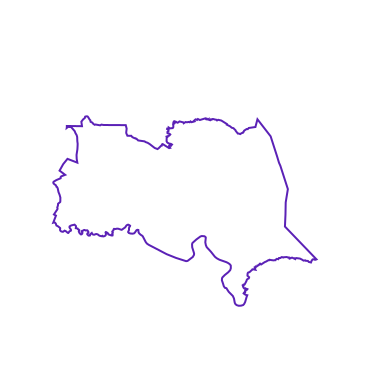 the district of Tanquián de Escobedo, San Luis Potosí, Mexico, rotated 117°
{"feature_id": "50627088B81870617842990", "entity_name": "Tanquián de Escobedo", "entity_type": "district", "adm_level": 2, "iso_a3": "MEX", "parent_name": "Mexico", "parent_adm1": "San Luis Potosí", "projection": "natural_earth1", "projection_center": [-98.642, 21.612], "detail": "fine", "context": "isolated", "style": "outline", "palette": "violet", "viewbox_px": 384, "rotation_deg": 117, "n_neighbors": 0, "source": "geoboundaries", "source_scale": "gbopen_adm2", "svg_char_len": 6068}
<svg xmlns="http://www.w3.org/2000/svg" viewBox="0 0 384 384"><g transform="rotate(117 192 192)"><path d="M258.9,95.9L259.2,96.9L259.2,98.5L258.9,100.0L258.0,99.9L257.3,99.1L256.2,99.4L256.2,99.8L254.9,100.1L254.7,99.5L254.8,99.2L254.2,98.7L253.7,98.6L253.8,98.9L253.5,99.1L253.7,99.5L253.6,100.4L253.7,100.7L253.6,100.8L254.0,101.5L254.1,101.4L254.2,101.8L253.7,102.9L253.0,103.6L253.0,103.3L252.3,103.7L252.3,103.9L251.4,104.3L250.8,103.8L250.7,103.2L249.9,103.1L247.2,103.1L246.4,103.1L245.4,103.3L244.5,103.1L243.2,102.2L242.0,102.4L241.4,104.6L239.5,105.4L238.8,105.5L238.1,105.3L237.4,104.4L234.7,103.4L233.9,103.0L233.6,103.1L233.2,102.7L232.5,100.3L231.9,101.2L231.2,101.1L231.1,101.7L230.6,102.0L229.9,101.2L229.6,101.3L229.6,101.0L229.0,100.6L227.9,100.0L227.7,100.2L226.9,99.4L226.7,99.5L225.4,98.9L225.1,99.0L224.9,98.7L225.3,98.1L225.2,97.5L221.5,95.4L220.2,94.3L218.1,93.0L217.9,92.4L217.2,92.2L216.8,90.8L215.9,88.3L215.2,87.3L214.9,86.7L214.4,86.8L213.0,86.0L212.7,84.6L211.3,84.5L210.6,83.2L209.4,82.7L208.9,81.5L209.0,81.0L208.4,80.5L206.9,78.0L206.8,76.6L206.3,76.0L207.1,74.9L206.2,74.0L205.8,74.0L205.0,72.9L204.9,69.7L204.2,69.9L204.1,69.3L203.5,69.0L202.3,65.6L202.3,63.3L202.5,61.5L201.5,60.1L201.7,59.6L200.8,57.4L201.3,56.3L200.8,54.0L198.8,54.2L197.3,53.9L196.8,53.2L196.7,52.1L196.2,51.1L195.5,50.5L180.6,93.5L169.6,98.5L158.7,103.8L145.9,107.9L128.5,125.2L126.4,127.8L121.9,132.1L106.7,147.2L97.5,166.7L105.3,165.0L109.2,170.5L110.7,170.9L111.1,171.9L113.7,173.4L115.1,173.3L115.4,173.6L116.1,173.5L117.1,174.6L118.5,175.3L118.8,177.3L119.1,177.7L117.7,180.8L117.2,181.3L116.7,183.0L116.3,184.0L116.7,185.8L116.2,187.8L116.2,191.6L115.6,191.7L115.0,198.3L115.8,201.5L116.9,202.2L116.6,203.4L117.0,204.3L117.3,206.1L117.7,206.9L118.1,206.9L118.3,207.2L118.6,208.0L119.1,207.8L119.8,208.3L120.0,209.8L119.3,210.2L119.8,210.5L120.5,211.4L120.7,212.2L120.0,212.3L120.2,213.4L124.3,217.7L124.3,219.9L125.5,220.2L125.5,221.6L126.1,222.0L127.8,222.6L128.0,221.9L128.7,222.6L130.0,224.1L129.8,225.4L130.9,225.7L131.2,227.0L132.1,228.0L132.6,229.5L134.5,230.6L133.9,231.3L134.8,235.2L136.3,235.9L136.9,236.5L136.7,238.1L137.0,240.0L137.3,240.1L138.2,240.2L138.4,238.7L139.0,238.8L140.1,239.7L141.3,238.8L142.7,238.1L143.8,238.2L145.5,240.8L145.2,241.2L145.1,242.1L146.0,241.7L146.7,242.9L147.2,242.8L147.2,242.3L146.9,241.2L148.6,240.6L148.9,241.0L149.4,241.2L150.6,240.7L150.7,240.1L150.3,238.6L150.6,237.5L152.0,237.8L153.6,239.3L153.6,238.8L154.2,238.8L154.7,239.4L158.3,237.7L159.0,236.7L159.2,236.1L159.2,233.9L159.1,233.4L158.7,232.9L158.8,231.4L160.3,231.7L160.3,233.1L161.1,233.4L161.8,233.0L162.6,231.5L163.3,232.3L162.6,239.9L163.1,240.3L164.4,240.0L164.7,240.5L167.9,241.5L169.4,242.2L169.7,245.2L168.5,251.5L168.3,253.9L168.6,256.1L168.4,257.2L170.5,263.4L169.9,265.0L170.1,265.6L169.7,266.6L170.1,267.4L170.2,269.5L170.0,270.7L169.5,271.6L171.2,275.1L169.5,277.2L168.7,277.7L165.2,279.0L162.5,281.4L172.4,301.1L173.1,303.3L174.3,304.1L175.7,308.7L176.3,309.2L176.1,310.9L175.4,312.3L175.5,314.2L174.7,314.9L174.3,315.1L173.9,316.2L172.5,318.4L172.1,319.4L172.6,320.6L173.4,321.4L174.7,321.1L176.8,322.0L179.6,322.5L183.3,319.9L190.0,333.5L191.2,332.9L191.8,332.7L190.3,332.0L189.0,329.2L191.0,324.2L192.5,322.5L193.7,320.6L195.1,319.3L198.7,317.3L200.9,315.8L202.8,314.9L206.0,313.5L211.4,311.7L214.8,309.8L217.9,307.5L219.0,318.0L225.6,319.4L233.1,319.7L234.3,312.8L237.4,315.6L238.4,315.8L239.4,315.3L243.0,318.3L245.4,319.8L246.3,320.0L247.2,319.3L247.6,318.0L247.7,316.6L248.4,315.6L248.9,315.1L248.8,314.6L249.6,313.4L252.7,310.9L254.6,308.7L256.8,306.7L258.9,305.7L259.8,305.2L260.8,304.9L263.2,306.0L265.0,305.3L267.0,305.0L267.6,304.4L268.4,304.1L274.7,304.8L274.8,302.5L282.3,301.7L282.0,301.4L281.5,300.2L282.0,299.0L283.4,297.6L283.4,295.9L283.9,293.3L284.1,293.0L285.4,292.5L286.0,292.1L286.4,291.3L286.5,290.5L286.1,289.0L285.8,288.7L284.3,288.0L284.2,286.7L284.8,284.1L284.6,283.6L282.6,283.3L281.6,282.4L281.1,282.4L280.4,282.9L279.6,284.5L278.9,285.3L278.1,285.4L276.6,284.4L274.4,281.8L275.0,280.0L275.6,279.6L277.0,279.1L276.5,277.4L276.9,276.8L276.9,275.8L277.2,275.1L278.3,275.1L278.8,274.7L279.9,273.2L279.9,272.5L280.2,271.6L279.7,271.1L278.9,270.9L278.1,271.1L277.5,272.3L276.9,272.5L276.5,272.3L276.1,271.6L275.5,271.4L274.8,270.9L274.6,270.4L274.6,269.4L273.7,268.0L273.8,267.4L274.1,267.1L274.3,266.5L275.1,265.9L275.6,265.9L276.1,266.3L277.0,266.3L277.3,266.0L277.8,264.5L277.6,263.9L277.1,263.2L276.7,263.2L276.2,263.5L275.8,263.5L274.0,262.7L274.8,261.6L274.8,260.7L274.5,259.8L273.0,258.4L272.7,257.7L272.6,256.3L272.9,255.3L272.9,254.3L272.5,252.6L271.7,251.9L272.0,251.3L271.8,250.8L271.0,249.9L270.2,249.4L269.7,249.3L268.5,249.6L267.2,250.7L266.8,250.6L266.7,250.2L266.8,248.9L267.1,247.8L267.7,247.4L267.7,246.8L267.3,244.0L266.8,243.1L266.2,243.2L265.6,244.1L264.3,244.0L263.7,245.0L263.3,245.1L262.0,244.6L261.0,244.9L260.3,244.8L259.6,243.2L258.7,242.2L258.2,241.0L257.7,237.7L257.5,237.4L253.9,235.5L251.6,235.2L250.7,234.7L250.1,234.1L250.0,232.6L250.2,231.8L250.7,231.7L251.3,232.0L251.7,231.8L252.7,231.8L254.4,230.9L256.5,230.8L256.8,230.6L257.2,229.6L256.9,227.9L256.1,226.0L255.2,224.9L254.2,224.5L251.2,224.1L250.5,223.5L250.2,222.6L252.2,221.3L252.8,220.4L253.4,218.4L253.5,217.0L253.8,215.8L257.6,210.5L258.4,208.8L258.7,206.7L258.9,186.3L258.0,176.4L256.3,165.9L255.7,165.0L255.3,164.6L249.5,161.8L247.0,161.7L245.7,162.3L241.2,166.7L238.6,168.2L237.7,168.4L237.1,168.4L232.4,166.6L227.8,164.3L226.8,163.3L225.8,160.9L225.9,159.7L226.4,159.0L230.8,157.3L233.1,155.5L234.5,153.8L236.6,148.1L239.3,142.2L239.8,139.8L239.9,136.8L238.9,129.4L238.9,127.7L239.1,126.0L239.5,124.8L240.0,124.0L242.3,122.8L244.3,122.5L247.1,123.3L251.1,125.1L254.2,126.1L255.2,126.1L257.1,125.3L259.7,122.6L261.5,120.9L262.4,119.2L262.4,118.8L262.1,118.0L262.1,117.6L263.1,116.0L264.3,113.9L266.1,108.4L267.9,106.2L271.3,103.6L272.1,102.5L272.3,101.8L272.5,101.0L272.4,100.0L272.1,98.6L271.0,96.7L269.5,95.1L268.1,94.7L265.9,94.7L260.7,95.7L258.9,95.9Z" fill="none" stroke="#5b21b6" stroke-width="2"/></g></svg>